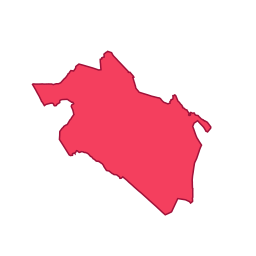 the district of Pureņu pag., Ludzas, Latvia, rotated 226°
{"feature_id": "27541924B20679895578049", "entity_name": "Pureņu pag.", "entity_type": "district", "adm_level": 2, "iso_a3": "LVA", "parent_name": "Latvia", "parent_adm1": "Ludzas", "projection": "natural_earth1", "projection_center": [27.639, 56.462], "detail": "fine", "context": "isolated", "style": "filled", "palette": "rose", "viewbox_px": 256, "rotation_deg": 226, "n_neighbors": 0, "source": "geoboundaries", "source_scale": "gbopen_adm2", "svg_char_len": 5372}
<svg xmlns="http://www.w3.org/2000/svg" viewBox="0 0 256 256"><g transform="rotate(226 128 128)"><path d="M118.1,184.8L118.9,184.8L119.5,184.4L119.4,184.0L119.3,183.7L119.5,183.3L120.0,183.0L120.1,182.8L120.0,182.6L119.6,182.4L119.2,182.1L118.9,181.7L118.5,181.5L118.3,181.2L118.0,180.8L117.7,180.4L117.8,179.9L118.1,179.4L118.4,178.8L118.4,178.4L118.2,178.3L118.0,178.2L117.8,176.4L116.7,175.6L116.9,175.1L117.5,173.9L117.6,173.5L121.7,171.6L123.3,171.5L124.2,171.5L125.5,171.6L126.0,171.7L126.5,171.7L126.8,171.7L127.2,171.6L128.1,171.3L128.2,171.1L129.0,170.6L129.2,170.4L129.7,170.1L132.6,168.3L134.3,167.2L138.3,165.1L141.5,163.3L145.7,161.0L146.6,160.8L147.3,161.0L149.1,161.1L151.2,161.3L152.9,162.4L155.1,163.5L156.1,164.1L156.7,164.3L161.0,166.6L160.5,167.5L161.4,167.8L164.5,168.0L166.8,168.1L167.1,167.8L167.5,167.1L167.8,166.9L168.4,167.4L178.7,167.5L181.1,167.5L183.7,167.5L185.3,167.6L186.1,167.6L186.3,167.6L189.7,167.6L191.2,167.8L193.6,168.5L197.3,166.6L197.3,165.8L197.5,165.0L197.6,164.9L197.8,162.6L197.8,162.0L195.6,160.2L196.1,159.5L196.3,158.9L196.6,158.1L196.7,157.9L196.0,157.3L196.0,157.2L196.7,155.7L194.6,153.8L193.5,153.0L191.5,151.3L188.9,149.2L188.7,149.0L190.1,147.2L193.4,145.5L195.5,144.4L204.8,139.1L208.1,137.1L208.5,133.7L208.4,133.0L207.4,131.8L206.8,128.5L209.0,126.8L208.7,124.7L208.4,124.2L208.4,123.7L208.6,122.4L208.3,121.9L208.0,120.8L207.9,120.0L207.5,117.8L207.7,116.7L207.4,112.5L207.3,111.0L208.1,108.8L209.7,107.1L211.1,104.4L212.7,103.6L214.8,101.5L217.9,98.1L219.2,97.0L220.6,95.4L222.9,92.9L223.8,92.0L225.3,90.7L225.7,90.2L225.7,89.6L219.6,88.1L216.5,87.2L212.2,86.1L211.7,85.9L208.4,84.8L207.2,84.3L205.9,84.3L202.2,83.4L201.9,85.3L201.8,85.6L199.9,89.0L199.5,89.6L199.2,90.0L198.4,90.8L197.7,91.1L196.7,91.0L195.7,90.5L195.2,90.5L194.9,90.7L194.4,91.3L194.2,91.6L194.1,91.8L194.0,92.0L194.0,92.3L194.4,93.1L194.4,93.3L194.3,93.6L194.1,94.7L193.7,96.4L193.7,96.6L194.5,97.3L194.9,97.8L195.1,98.3L195.0,98.7L194.4,100.1L193.4,101.3L192.1,102.8L190.9,104.1L190.5,104.3L189.9,104.5L188.0,104.8L187.4,105.1L185.8,105.3L185.6,105.4L185.5,105.6L185.3,105.7L184.9,106.2L183.8,106.0L183.2,105.8L183.2,105.6L183.7,103.7L183.1,102.3L181.9,101.7L180.8,101.4L179.1,100.7L178.2,100.2L176.7,99.3L175.3,98.3L175.2,98.3L175.2,97.5L175.0,96.8L174.9,96.0L174.5,94.2L174.2,93.8L174.1,91.7L172.8,87.2L172.8,86.6L172.8,86.3L173.3,85.2L173.8,82.7L173.4,82.1L173.5,81.2L173.5,80.2L172.9,76.6L172.7,76.4L172.1,75.7L170.2,73.8L167.4,70.7L161.3,69.5L157.0,68.6L149.5,67.0L149.3,67.1L148.2,67.4L147.8,68.0L146.9,69.1L147.2,69.6L147.5,69.7L147.7,69.9L148.0,70.1L148.0,70.4L148.0,70.6L147.8,70.8L147.6,71.4L147.5,71.6L147.3,71.8L146.5,72.1L146.4,72.1L146.6,72.3L146.8,72.4L147.0,72.7L147.0,73.0L146.9,73.3L146.9,73.8L147.1,74.3L147.4,75.0L147.4,75.3L147.1,75.5L146.7,75.7L145.9,75.7L145.2,75.7L144.8,75.9L144.5,75.9L144.4,76.1L144.1,76.2L143.9,76.5L143.6,77.8L143.5,78.0L142.9,78.3L142.7,78.5L142.3,79.0L142.0,79.2L141.4,79.3L140.9,79.5L140.5,79.8L140.1,80.1L140.0,80.4L139.0,80.8L137.9,81.3L137.1,81.4L136.4,81.5L135.1,81.4L134.6,81.4L133.6,81.3L133.4,81.4L133.0,81.7L132.6,81.8L132.0,81.8L130.1,81.6L128.8,82.0L127.7,82.1L126.9,82.1L126.6,82.1L125.6,82.6L125.3,82.9L124.3,83.8L123.7,83.8L123.5,84.0L123.3,84.0L122.1,84.2L121.5,84.3L120.9,84.5L120.2,84.6L119.8,84.6L119.2,84.5L117.9,84.3L117.4,84.1L117.2,84.0L117.1,83.9L112.4,83.0L110.2,84.5L106.3,85.0L105.6,85.3L104.2,85.6L104.0,85.8L102.4,87.2L102.2,87.3L98.9,87.8L98.5,87.7L97.9,87.5L97.7,87.3L97.3,87.3L97.0,87.7L96.9,87.8L96.8,88.0L96.7,88.1L96.8,88.3L96.6,88.7L96.5,89.5L96.5,90.3L96.4,90.3L91.2,90.9L88.2,91.0L83.7,91.4L81.4,91.5L75.3,92.0L71.9,92.4L70.5,92.5L67.4,92.7L63.3,93.0L62.4,93.0L51.9,93.8L49.5,93.9L46.1,94.1L43.6,94.2L39.7,94.5L38.5,97.7L37.8,99.9L37.5,100.8L37.5,101.3L38.6,104.2L38.7,104.3L38.9,105.0L39.3,106.0L39.6,106.8L40.3,108.6L41.8,112.6L42.4,114.0L42.6,114.8L41.3,115.8L36.4,119.5L32.5,121.0L32.4,121.1L30.5,120.9L30.3,123.3L30.5,123.7L32.8,125.6L33.2,126.5L37.4,130.5L39.5,132.6L39.8,132.5L40.3,132.9L43.4,135.7L44.3,136.6L45.6,137.7L46.3,138.4L48.8,141.3L50.9,144.1L53.8,147.8L55.6,150.2L56.7,151.7L58.3,156.0L59.0,157.4L62.2,163.6L62.5,164.0L64.0,167.4L64.6,169.0L68.3,169.7L73.2,170.8L75.5,171.7L78.8,173.2L81.8,174.6L84.2,175.6L85.1,177.8L85.6,178.9L85.2,181.0L84.9,183.1L80.8,183.0L77.5,183.0L75.7,182.9L72.3,182.1L71.8,181.8L69.9,182.5L70.2,185.3L70.4,187.2L70.6,187.6L71.3,188.3L75.9,188.9L77.2,189.0L79.9,188.2L80.1,188.0L80.1,187.9L80.5,187.9L80.9,187.7L81.4,187.8L81.8,187.7L82.2,187.4L82.5,187.4L82.9,187.3L83.5,187.0L85.7,187.0L87.2,186.9L87.9,187.1L88.4,187.0L88.9,186.6L89.6,186.1L90.1,185.7L90.3,185.6L90.6,185.6L90.8,185.5L91.1,185.5L91.3,185.6L91.9,185.7L92.0,185.8L92.6,186.1L92.9,185.8L93.2,185.6L93.8,184.8L93.9,184.6L94.3,184.4L95.0,184.3L95.4,184.1L95.6,184.0L95.7,183.8L95.6,183.4L95.3,183.0L95.0,182.6L94.6,182.4L94.1,182.2L94.0,181.8L94.0,181.5L94.4,180.9L94.6,180.7L94.8,180.6L95.0,180.6L95.3,180.7L95.6,181.2L95.8,181.6L95.9,181.9L96.2,182.1L96.5,182.2L98.2,182.4L98.7,182.5L99.1,182.6L99.8,182.9L100.0,182.9L100.3,182.8L100.4,182.7L100.6,182.5L101.7,182.1L102.2,182.1L103.0,182.1L103.4,182.0L104.4,181.5L104.6,181.5L104.8,181.5L105.0,181.6L105.2,181.9L105.2,182.0L106.0,182.1L106.5,182.4L107.3,182.5L108.1,182.4L109.5,182.5L110.4,182.7L111.7,182.7L112.6,182.6L118.1,184.8Z" fill="#f43f5e" stroke="#9f1239" stroke-width="1.5"/></g></svg>